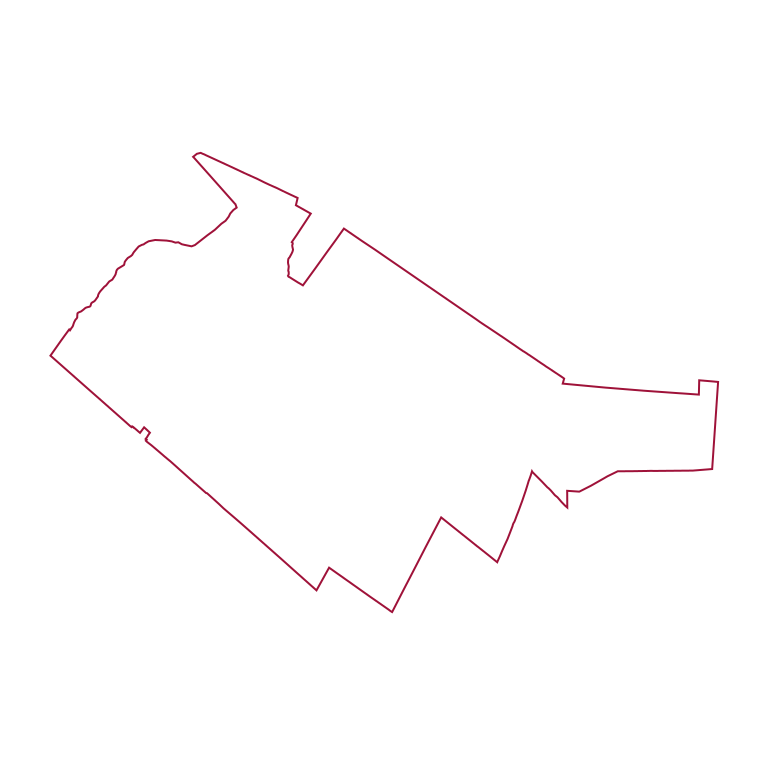 Gheraseni, Buzau, Romania (Natural Earth projection), rotated 271°
{"feature_id": "2599482B74363145879351", "entity_name": "Gheraseni", "entity_type": "district", "adm_level": 2, "iso_a3": "ROU", "parent_name": "Romania", "parent_adm1": "Buzau", "projection": "natural_earth1", "projection_center": [26.807, 44.997], "detail": "fine", "context": "isolated", "style": "outline", "palette": "rose", "viewbox_px": 768, "rotation_deg": 271, "n_neighbors": 0, "source": "geoboundaries", "source_scale": "gbopen_adm2", "svg_char_len": 4411}
<svg xmlns="http://www.w3.org/2000/svg" viewBox="0 0 768 768"><g transform="rotate(271 384 384)"><path d="M391.9,718.0L392.3,712.8L393.2,699.1L378.9,699.0L379.8,682.1L379.9,679.6L381.5,649.9L381.8,644.4L384.3,604.9L385.7,586.4L387.5,562.7L392.5,564.0L392.6,563.8L393.0,563.5L393.2,563.1L393.5,562.7L398.7,554.6L403.0,547.9L404.1,546.1L404.6,545.3L405.4,544.2L408.0,540.1L408.7,539.1L408.9,538.8L409.4,537.9L410.0,537.1L410.4,536.5L412.5,533.3L413.8,531.3L414.3,530.5L414.5,530.2L414.8,529.8L415.6,528.5L416.3,527.3L416.9,526.5L417.4,525.7L418.1,524.6L418.3,524.2L418.6,523.8L418.7,523.7L418.8,523.4L419.2,522.6L419.9,521.6L421.0,519.9L421.4,519.2L421.7,518.8L432.5,502.5L433.2,501.4L433.7,500.7L434.2,499.8L435.0,498.6L442.1,487.6L442.8,486.5L443.8,484.9L444.1,484.4L447.5,479.1L449.1,476.8L450.8,474.3L509.1,386.3L518.2,372.6L526.6,359.5L538.7,341.2L533.5,337.6L528.2,334.0L527.9,333.8L524.9,331.7L514.8,324.6L498.0,313.0L481.2,301.2L483.0,298.1L483.9,296.4L488.0,289.6L488.9,288.2L489.6,286.7L490.5,286.1L491.1,286.4L491.7,286.7L492.3,286.8L493.3,286.8L494.6,286.7L495.0,286.5L495.4,286.3L495.9,286.3L499.6,286.7L501.0,286.5L501.7,286.3L502.4,286.1L504.0,285.9L506.2,286.0L507.4,286.2L507.9,286.5L508.5,286.9L509.0,287.4L509.2,287.5L510.6,288.2L511.0,288.4L511.1,288.5L512.9,289.4L514.7,290.2L516.7,290.7L519.6,290.0L521.2,289.8L522.5,290.3L523.4,290.2L524.2,289.3L531.6,294.2L537.0,297.6L546.1,303.4L553.1,307.8L555.9,302.6L561.2,292.8L568.5,294.4L571.8,287.0L575.1,279.7L577.9,273.8L581.0,266.4L583.6,260.6L584.9,257.9L586.8,253.9L592.5,240.6L595.4,234.2L600.6,222.5L604.3,214.1L608.3,205.0L609.7,201.8L610.3,200.6L610.8,199.3L611.0,198.7L611.5,197.6L611.9,196.7L610.9,192.9L607.8,189.2L606.9,190.1L588.7,206.9L585.0,210.3L561.5,231.9L561.2,232.3L557.8,233.6L555.4,230.4L551.8,227.3L548.6,225.8L544.4,222.7L541.4,218.6L535.2,212.2L529.6,204.8L519.6,192.5L518.3,189.2L519.6,182.2L520.2,179.4L522.1,175.9L521.7,173.0L522.9,169.3L523.6,164.1L524.0,152.7L522.6,146.2L520.8,143.1L519.4,141.2L518.9,139.5L517.2,136.3L514.1,133.7L511.5,131.6L510.4,130.9L510.0,130.7L508.7,130.0L507.5,128.7L506.1,126.5L505.5,125.6L503.0,123.6L501.6,122.7L500.3,122.4L499.0,122.2L498.4,121.9L494.6,115.9L493.4,114.9L491.9,114.3L491.1,114.3L490.3,114.0L488.9,113.7L486.7,112.5L486.3,112.2L483.6,110.5L481.9,107.8L481.6,107.4L477.7,104.4L476.3,102.6L471.6,98.6L470.2,97.7L469.7,97.4L468.7,96.9L467.4,96.5L466.6,96.5L462.8,93.9L462.3,93.5L461.7,92.9L461.0,91.9L460.7,91.2L459.8,90.1L459.0,89.7L457.7,89.4L457.0,89.2L456.2,88.4L455.6,86.0L455.0,84.4L454.4,83.6L453.2,82.3L451.3,79.9L450.4,77.8L449.9,76.9L449.3,76.3L448.6,76.2L446.0,76.1L445.2,76.1L444.2,75.6L442.9,74.4L442.3,74.1L440.3,73.1L437.9,72.3L437.0,72.1L435.6,71.4L434.9,70.8L433.8,70.1L433.6,70.0L433.3,69.7L432.8,69.5L432.2,69.1L433.0,68.3L432.7,68.1L432.5,67.9L427.0,64.0L421.4,60.1L412.7,54.2L406.5,50.0L404.6,52.3L403.9,53.1L372.0,90.5L365.9,97.7L340.2,127.8L337.6,130.8L336.5,132.3L337.2,132.9L336.1,134.3L336.3,134.4L333.4,137.9L332.2,139.3L330.9,140.9L336.5,144.9L333.7,148.1L331.2,150.8L328.9,149.2L326.6,147.9L326.0,147.5L325.2,146.8L324.9,146.6L324.1,147.7L323.1,146.9L321.9,148.2L320.7,149.8L318.7,152.5L310.5,162.5L307.4,166.2L306.9,166.9L305.4,168.7L303.1,171.6L290.5,186.2L286.5,190.8L284.0,193.7L283.6,194.2L281.8,196.2L281.2,197.1L278.8,199.9L271.9,208.0L271.7,209.0L261.4,220.8L256.9,225.7L254.5,228.6L250.7,233.2L247.4,237.2L244.9,240.2L241.8,243.9L238.4,247.9L223.3,265.6L206.9,284.8L194.2,299.5L176.5,320.1L199.4,332.3L171.1,373.8L158.2,393.0L157.7,393.6L156.2,395.9L156.1,396.1L157.9,397.0L175.8,405.8L183.3,409.5L189.3,412.5L199.8,417.7L214.6,425.0L221.5,428.4L251.6,443.5L240.6,457.7L234.5,465.6L228.9,472.9L223.2,480.2L223.2,480.3L214.7,491.4L208.1,499.9L207.8,500.3L208.1,500.4L208.6,500.6L213.8,502.9L219.1,505.0L224.1,507.1L231.1,510.2L237.6,512.6L244.2,515.0L245.2,515.2L246.9,515.8L248.6,516.8L250.7,517.6L254.2,518.8L258.5,520.4L262.8,521.9L265.7,522.9L269.7,524.3L279.7,527.5L281.4,528.0L286.2,529.4L289.8,530.4L290.7,530.8L294.8,532.2L297.5,533.0L299.3,533.5L298.5,534.0L289.3,543.5L283.4,549.3L282.8,550.2L280.5,552.6L275.8,556.8L273.8,559.4L269.1,563.6L265.7,567.0L263.7,569.4L277.2,569.1L280.4,569.0L279.8,580.8L279.8,581.2L285.9,592.7L293.6,605.7L295.6,609.0L300.8,619.2L301.2,634.9L301.7,650.5L301.8,651.5L301.8,656.0L302.8,694.2L304.7,713.6L381.9,717.5L389.7,717.9L391.9,718.0Z" fill="none" stroke="#9f1239" stroke-width="2"/></g></svg>